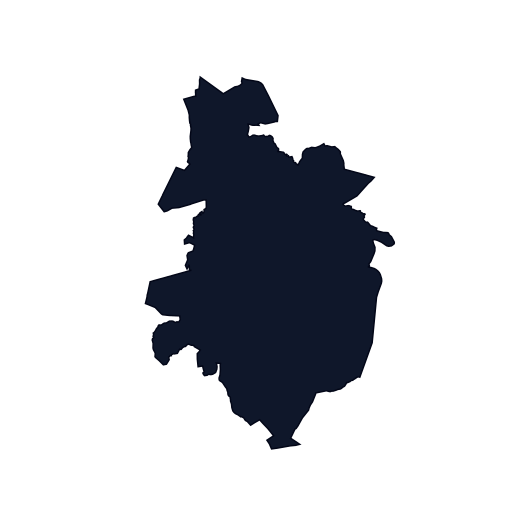 Atlangatepec, Tlaxcala, Mexico, rotated 232°
{"feature_id": "50627088B65405615420244", "entity_name": "Atlangatepec", "entity_type": "district", "adm_level": 2, "iso_a3": "MEX", "parent_name": "Mexico", "parent_adm1": "Tlaxcala", "projection": "albers", "projection_center": [-98.176, 19.547], "detail": "fine", "context": "isolated", "style": "filled", "palette": "ink", "viewbox_px": 512, "rotation_deg": 232, "n_neighbors": 0, "source": "geoboundaries", "source_scale": "gbopen_adm2", "svg_char_len": 6106}
<svg xmlns="http://www.w3.org/2000/svg" viewBox="0 0 512 512"><g transform="rotate(232 256 256)"><path d="M431.3,322.2L430.6,321.6L429.5,319.9L426.3,317.5L423.7,314.9L422.7,314.2L423.9,310.5L421.7,308.7L420.8,308.3L420.1,307.5L419.0,306.9L420.1,305.1L424.0,295.6L412.7,292.3L408.2,290.3L406.2,288.7L403.5,286.9L401.4,285.7L400.1,285.6L399.4,284.9L396.7,283.5L394.9,282.0L390.8,277.9L388.8,276.4L386.1,274.7L384.5,274.0L383.4,273.3L381.3,272.3L380.9,271.7L380.4,269.4L379.2,266.4L376.8,264.4L376.5,263.9L374.9,263.3L373.4,261.5L372.5,260.1L371.6,260.0L370.4,260.5L369.9,260.3L369.1,260.5L367.5,252.3L374.9,247.7L361.4,219.7L360.9,219.3L360.7,218.4L357.0,210.9L347.4,210.9L346.2,213.9L345.4,219.3L341.6,225.1L337.0,236.4L337.0,236.9L332.3,249.5L330.9,251.1L329.7,250.4L325.3,247.1L324.2,245.8L324.6,243.7L323.1,242.7L322.2,240.9L322.2,240.4L322.9,240.2L324.3,240.8L324.5,238.4L324.2,237.7L323.3,238.1L322.3,238.1L322.4,237.5L323.6,236.8L324.1,236.2L323.5,234.9L323.1,234.7L323.6,233.9L323.6,231.7L324.1,231.5L324.4,230.2L323.1,228.8L321.3,228.0L320.0,226.6L318.6,226.3L317.8,225.6L317.4,224.5L317.0,224.1L315.1,223.8L314.6,222.2L313.9,222.1L313.2,221.6L312.4,220.6L310.8,220.0L310.0,218.9L308.7,218.0L313.9,215.6L313.4,213.6L312.9,212.3L312.8,209.4L309.4,207.1L307.6,211.6L306.3,212.5L302.3,214.3L300.1,211.5L298.7,209.4L300.2,204.7L299.6,203.3L298.8,201.9L295.0,199.8L292.1,194.6L288.3,193.7L290.5,198.2L285.6,194.7L284.5,196.4L300.9,156.8L293.2,147.6L292.3,146.3L290.8,144.9L286.6,139.6L284.2,141.1L277.5,144.9L268.6,145.8L267.2,146.3L262.7,150.9L255.8,159.0L252.6,157.2L251.5,154.6L252.9,153.0L253.3,151.5L254.1,150.9L254.8,150.9L255.7,150.4L256.4,149.8L258.0,147.6L258.4,144.1L259.5,142.5L259.8,141.4L259.8,139.2L260.7,137.7L261.4,137.2L261.0,135.5L260.5,135.3L260.1,134.5L260.2,133.3L258.9,130.4L258.4,128.5L258.5,127.6L257.2,127.0L256.0,125.4L254.9,125.4L254.5,124.9L254.6,123.7L253.7,122.5L250.5,121.2L246.9,118.2L245.3,117.5L242.2,117.0L241.2,116.6L238.8,114.4L237.8,114.4L233.2,115.3L227.3,116.0L225.9,118.8L227.7,123.7L229.9,124.8L230.3,127.0L229.6,127.9L229.9,128.1L230.2,128.8L230.0,130.6L229.3,131.1L227.7,134.1L229.6,138.4L228.8,139.0L228.5,139.5L229.0,141.7L228.8,143.5L228.1,144.8L228.6,147.2L228.3,147.6L228.3,148.5L225.6,150.0L223.9,151.9L222.6,151.6L216.2,154.2L215.6,152.2L215.2,149.6L210.9,146.3L204.4,142.2L202.2,146.2L198.4,144.5L196.5,144.0L196.7,142.6L196.2,142.0L194.8,141.7L193.4,141.8L192.1,144.1L192.2,145.5L191.7,145.9L191.0,146.9L190.4,147.3L189.5,149.1L189.1,152.3L189.4,153.0L190.9,155.4L192.7,157.1L195.4,158.6L196.1,158.8L193.2,161.9L191.9,160.5L188.4,158.0L184.5,154.5L182.6,151.8L181.0,150.7L179.6,150.8L178.2,151.4L176.7,151.7L171.8,151.3L169.3,151.3L168.4,150.7L165.7,149.8L164.7,149.0L163.7,148.5L162.4,148.4L160.9,148.8L160.3,148.7L159.9,148.2L158.8,147.7L157.3,146.6L154.5,145.6L151.3,143.6L148.2,142.4L146.2,142.4L144.4,142.8L142.0,144.0L138.6,145.0L138.3,145.7L136.0,146.7L133.4,146.4L132.4,146.6L131.0,147.3L126.0,147.6L125.5,152.7L124.7,158.1L124.3,158.1L119.8,158.4L112.9,159.1L103.5,159.2L104.1,151.2L99.8,150.9L94.4,149.5L91.4,154.7L85.4,166.0L82.4,170.7L80.7,174.5L91.1,171.1L95.6,180.1L95.4,181.4L96.3,184.4L99.9,192.9L102.2,202.5L103.6,204.3L105.1,207.1L106.3,210.7L110.5,217.9L111.3,218.8L106.5,228.5L104.0,230.4L103.3,231.2L103.0,232.5L102.1,233.5L101.0,236.4L100.5,238.3L99.3,240.5L99.1,241.8L99.2,243.6L98.9,245.6L99.7,248.0L100.5,249.5L99.9,250.0L99.8,250.4L99.2,252.7L99.3,254.2L98.5,255.8L98.7,257.3L98.3,258.0L98.6,258.6L98.3,259.5L98.3,261.0L97.9,262.0L97.3,262.8L96.6,263.2L116.1,294.1L149.3,325.6L152.6,330.3L157.3,337.9L158.8,339.6L160.7,340.9L164.8,342.5L167.0,342.9L169.1,342.8L171.6,342.2L173.3,341.5L175.9,339.7L178.0,337.8L178.3,338.0L178.2,338.7L178.3,339.2L179.6,339.8L180.2,339.9L181.0,343.0L185.1,350.3L186.8,352.8L189.6,355.1L193.6,356.3L196.1,357.4L196.5,358.0L196.5,358.4L196.0,359.5L193.8,361.2L189.6,363.4L183.6,365.3L182.0,366.5L180.6,369.0L180.6,369.5L180.5,372.1L180.9,372.8L181.8,373.5L187.9,374.6L190.7,374.0L192.0,374.4L192.9,374.4L193.7,373.8L196.2,370.8L201.3,366.9L201.8,366.8L202.6,367.0L203.5,368.3L205.7,367.0L207.5,366.2L209.4,364.9L213.6,364.8L214.0,364.7L214.4,364.3L214.6,363.6L215.1,363.2L218.3,363.0L219.0,363.1L219.3,363.5L219.8,365.3L220.0,365.5L220.8,365.6L221.2,365.9L221.7,367.6L222.1,367.7L222.7,367.3L223.2,366.4L224.4,366.2L225.7,365.5L226.6,365.5L227.3,366.0L227.6,365.9L228.5,364.2L229.2,363.4L231.4,362.0L232.5,361.6L234.0,360.3L235.0,360.4L236.0,361.4L236.6,361.5L237.4,360.8L238.5,360.2L239.5,358.7L240.0,357.3L241.4,356.6L243.1,356.4L243.5,356.9L243.6,357.7L243.1,358.3L241.2,372.5L244.2,389.4L244.3,392.7L245.2,397.6L270.0,379.0L273.8,381.3L275.0,382.3L277.4,383.5L284.6,385.3L285.9,386.4L286.4,386.6L289.4,386.4L292.0,385.7L293.7,385.4L295.3,382.8L299.2,379.9L300.1,378.1L302.7,378.6L303.3,374.0L304.5,370.0L305.1,369.0L307.4,366.7L308.3,363.7L309.3,362.5L309.5,361.8L309.4,359.9L309.0,357.2L307.5,355.2L304.5,352.7L304.0,350.4L303.2,347.9L302.7,347.3L301.8,345.1L302.1,344.9L303.3,344.8L304.0,344.2L304.7,344.6L305.3,344.6L306.2,343.7L306.8,343.5L307.5,343.7L308.0,344.3L308.7,344.1L310.6,345.1L312.2,345.5L313.6,342.8L315.0,343.3L315.4,342.1L315.9,341.7L316.5,341.9L316.8,342.9L317.2,342.8L317.7,342.4L317.8,341.7L318.2,341.2L318.8,341.2L320.0,341.6L320.8,341.5L324.2,338.4L324.7,337.6L325.4,337.7L325.6,339.1L326.7,339.8L327.4,339.7L328.1,339.4L328.9,339.3L332.6,340.1L334.1,339.6L335.0,340.0L336.1,340.2L337.7,341.3L338.1,341.8L339.8,342.1L341.8,341.6L342.8,340.8L342.9,340.2L342.7,339.7L342.8,339.3L344.7,336.5L346.6,336.5L347.1,335.0L348.8,332.0L350.3,330.5L352.1,329.3L353.1,328.0L353.3,325.4L354.1,323.6L356.3,324.0L356.8,323.7L358.9,326.5L361.6,329.5L364.8,330.9L363.3,332.3L362.1,333.0L360.8,334.2L358.8,336.9L357.1,338.8L358.8,339.0L358.2,341.7L354.4,344.6L353.2,346.8L350.3,353.1L350.6,353.3L349.3,355.0L349.4,355.3L348.9,355.7L353.1,359.8L374.6,364.4L386.9,366.7L389.2,366.4L391.7,365.3L392.5,364.7L400.8,357.1L402.2,356.0L404.8,354.7L402.4,352.0L400.6,351.5L400.3,348.8L400.8,346.3L402.3,343.4L404.0,330.1L431.3,322.2Z" fill="#0f172a" stroke="#020617" stroke-width="1.5"/></g></svg>